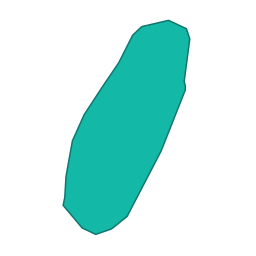 Namoluk, Federated States of Micronesia (Robinson projection), rotated 255°
{"feature_id": "79324940B63325039400057", "entity_name": "Namoluk", "entity_type": "district", "adm_level": 2, "iso_a3": "FSM", "parent_name": "Federated States of Micronesia", "parent_adm1": "", "projection": "robinson", "projection_center": [153.117, 5.923], "detail": "fine", "context": "isolated", "style": "filled", "palette": "teal", "viewbox_px": 256, "rotation_deg": 255, "n_neighbors": 0, "source": "geoboundaries", "source_scale": "gbopen_adm2", "svg_char_len": 407}
<svg xmlns="http://www.w3.org/2000/svg" viewBox="0 0 256 256"><g transform="rotate(255 128 128)"><path d="M153.8,194.3L158.4,194.3L198.0,210.7L208.8,210.1L221.5,195.0L222.4,167.5L216.4,156.5L193.4,135.9L174.4,113.9L152.3,89.2L130.0,71.0L97.3,55.6L77.4,49.0L70.1,45.3L43.2,57.9L33.6,69.3L34.8,86.1L42.9,104.3L97.3,154.1L149.9,193.2L153.8,194.3Z" fill="#14b8a6" stroke="#0f766e" stroke-width="1.5"/></g></svg>